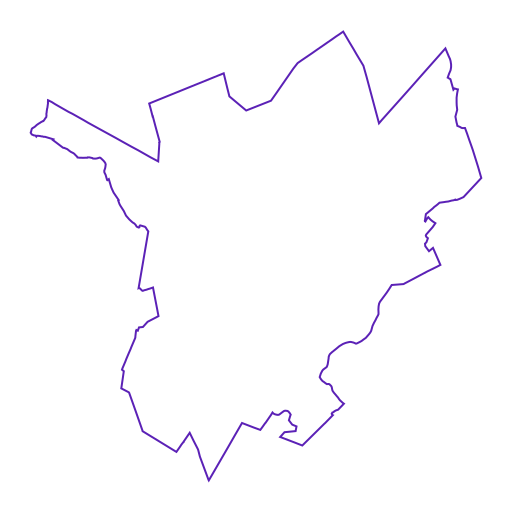 Ciénega de Flores, Nuevo León, Mexico
{"feature_id": "50627088B12014527787580", "entity_name": "Ciénega de Flores", "entity_type": "district", "adm_level": 2, "iso_a3": "MEX", "parent_name": "Mexico", "parent_adm1": "Nuevo León", "projection": "natural_earth1", "projection_center": [-100.2, 25.971], "detail": "fine", "context": "isolated", "style": "outline", "palette": "violet", "viewbox_px": 512, "rotation_deg": 0, "n_neighbors": 0, "source": "geoboundaries", "source_scale": "gbopen_adm2", "svg_char_len": 5913}
<svg xmlns="http://www.w3.org/2000/svg" viewBox="0 0 512 512"><path d="M142.6,431.2L176.4,451.9L180.1,446.6L181.4,444.6L182.8,442.8L183.7,441.9L183.6,441.7L189.7,432.8L193.5,440.6L197.8,449.0L198.2,450.0L199.9,456.6L208.5,479.8L208.8,480.4L211.2,476.3L228.0,447.3L234.7,435.6L242.0,423.0L253.7,427.5L260.3,429.9L262.3,427.2L265.2,423.1L265.5,422.9L269.7,416.8L270.9,415.1L272.5,412.5L273.4,413.5L274.7,414.2L276.5,414.7L278.0,414.9L279.2,414.6L282.6,412.0L284.0,411.0L285.1,410.7L286.3,410.8L287.2,410.9L287.9,411.2L288.5,411.6L289.2,412.5L289.9,413.3L290.4,414.2L290.7,414.7L290.3,415.6L288.9,420.3L292.2,424.6L292.4,424.7L296.5,426.4L295.6,431.1L284.5,432.2L280.2,437.0L294.1,442.3L302.3,445.5L324.5,423.6L324.9,423.3L332.8,415.2L332.4,415.0L331.7,413.8L332.4,412.5L332.9,412.4L333.4,412.2L333.8,411.9L334.2,411.4L336.0,410.4L338.1,409.7L343.9,403.7L342.8,402.9L341.7,401.9L339.9,400.2L338.9,398.9L338.0,397.5L337.0,396.4L335.7,394.8L333.8,392.6L332.5,390.7L332.3,390.0L332.2,389.5L331.8,387.4L331.6,386.8L331.2,386.0L330.0,384.8L329.5,384.3L328.8,384.0L326.9,384.1L326.1,383.6L325.5,383.2L323.7,381.8L322.7,381.2L322.1,380.6L321.1,379.4L320.7,378.8L319.7,377.1L320.8,373.6L322.3,370.7L323.2,369.6L325.5,367.9L326.6,367.1L327.1,366.1L327.7,364.3L328.6,358.4L328.7,356.9L329.2,355.4L330.0,354.0L332.2,352.0L336.2,348.8L339.3,346.2L342.9,344.0L345.4,343.0L346.4,342.7L347.6,342.4L348.9,342.1L350.1,341.9L351.2,342.0L352.0,342.2L353.3,342.5L354.6,343.0L355.8,343.6L356.3,343.6L357.1,343.3L360.3,341.7L361.7,340.9L363.5,339.5L365.8,337.9L369.0,334.2L370.3,332.5L371.2,330.8L372.5,326.0L374.0,322.8L375.4,320.3L376.6,317.8L377.4,316.4L378.1,315.1L378.5,314.1L378.5,312.3L378.4,309.6L378.6,306.3L379.1,303.6L380.0,301.7L386.6,292.8L389.1,289.1L391.7,285.0L403.3,284.1L403.7,284.0L405.1,283.2L407.8,281.8L419.3,275.7L427.4,271.4L437.2,266.6L440.4,264.9L433.0,247.9L429.0,251.2L425.3,246.2L425.0,243.7L426.4,242.3L427.3,239.9L427.9,238.2L426.4,236.9L426.1,236.4L425.9,235.9L425.8,235.5L426.0,235.0L426.3,234.4L432.6,227.2L435.4,223.2L432.4,221.2L430.5,219.6L428.9,217.9L428.3,217.2L427.5,218.0L426.6,219.3L425.4,221.5L425.1,221.3L424.9,221.2L424.8,220.8L425.0,220.1L425.9,214.1L427.5,212.8L432.8,208.4L434.3,206.9L435.7,205.9L437.6,204.4L439.5,202.7L442.5,202.3L444.0,202.1L445.7,201.8L448.3,201.5L450.8,200.8L452.0,200.5L452.9,200.4L454.2,200.1L454.8,199.9L455.2,199.6L455.6,200.0L457.2,199.8L460.0,198.7L463.5,197.1L481.3,178.0L478.0,166.6L472.8,150.0L471.2,145.4L469.3,140.1L467.0,133.4L465.0,128.0L462.7,128.1L462.0,128.0L461.4,127.8L460.1,127.0L457.3,125.8L457.1,124.4L456.6,122.7L455.4,116.6L457.2,109.8L456.7,105.3L456.6,102.5L456.6,97.6L457.1,93.6L457.9,89.4L456.9,89.2L455.3,88.7L454.3,88.4L454.1,88.9L453.4,89.7L450.5,79.4L450.3,79.1L449.3,78.6L448.1,77.8L447.7,77.6L449.1,73.6L449.9,71.8L450.5,70.4L450.7,69.5L451.0,67.8L451.1,67.0L451.1,64.5L450.6,61.2L450.0,59.0L448.7,56.2L446.5,51.0L445.9,49.6L445.4,48.4L419.6,77.5L411.6,86.6L402.0,97.4L381.8,120.0L379.0,123.3L366.6,77.0L363.4,65.7L356.6,54.4L353.6,49.2L349.4,42.2L343.2,31.6L338.9,34.6L336.3,36.3L332.5,39.0L316.6,50.0L312.2,53.1L301.9,60.1L297.6,63.1L297.3,63.5L293.4,68.5L276.0,93.6L271.0,100.7L246.2,110.5L229.4,96.4L227.2,87.7L223.7,73.3L149.2,103.5L150.7,109.0L152.6,116.4L152.8,116.3L155.4,126.1L159.7,141.9L159.2,142.4L159.3,142.6L159.3,144.0L158.2,161.4L155.8,160.1L150.7,157.4L146.3,154.9L138.2,150.3L131.3,146.6L123.0,142.0L115.7,137.9L100.0,129.3L88.0,122.7L83.6,120.1L72.4,113.8L68.6,111.9L62.3,108.3L57.6,105.6L55.0,104.1L51.7,102.0L49.6,101.0L48.3,100.3L48.0,100.2L48.0,100.5L48.1,101.7L47.9,102.0L48.0,103.5L47.9,103.9L47.4,107.7L47.3,108.1L47.2,108.4L47.1,108.7L46.7,111.5L46.6,112.7L46.4,113.5L46.4,114.2L46.4,114.8L46.5,115.3L46.4,115.9L46.3,117.0L45.9,117.6L45.5,118.0L44.6,119.4L43.7,120.7L43.5,120.9L43.3,121.1L42.9,121.1L42.7,121.1L41.6,121.9L41.0,122.1L39.6,123.1L38.5,123.7L37.6,124.4L36.8,124.9L35.0,126.6L33.2,127.8L32.7,128.0L32.1,128.5L31.9,128.7L31.8,129.0L31.6,129.5L31.4,130.3L31.0,132.0L30.8,132.2L30.7,132.4L30.7,132.8L31.5,134.0L31.7,134.4L33.9,135.4L35.0,135.5L35.6,135.7L35.9,136.0L36.1,136.3L36.3,136.6L36.9,135.8L37.0,135.8L38.0,135.8L39.8,136.0L41.6,136.4L42.4,136.4L43.6,136.8L45.0,136.8L53.4,139.3L52.8,140.0L54.3,141.1L58.0,143.9L61.8,146.8L62.6,147.4L63.2,147.8L63.6,147.9L64.3,147.9L64.9,148.2L65.5,148.4L66.1,148.7L66.7,148.9L67.2,149.1L68.6,150.2L69.6,151.0L70.9,151.9L72.3,152.6L73.3,153.1L74.0,153.6L74.4,153.9L74.9,154.5L77.1,156.7L77.5,157.5L78.6,157.6L79.3,157.7L83.1,157.8L87.4,157.7L87.6,157.4L89.5,157.4L92.5,158.1L92.9,158.5L94.0,158.6L95.7,158.6L97.0,158.4L99.7,157.6L100.1,157.7L100.5,157.9L101.1,158.4L103.4,160.6L104.5,161.9L105.3,163.1L105.5,163.7L105.7,164.5L105.6,165.1L105.4,166.8L105.1,168.3L104.3,170.6L104.3,171.7L104.4,172.5L104.9,173.4L105.7,175.1L105.9,175.9L107.1,180.0L107.3,180.2L108.8,179.1L111.2,187.2L112.0,189.1L113.6,192.6L118.7,200.1L118.2,200.5L119.1,203.0L119.6,204.3L120.5,205.9L123.8,211.0L126.0,215.6L129.2,219.3L131.0,221.0L132.1,222.0L132.7,222.5L134.2,223.4L135.4,224.6L135.9,225.3L136.4,226.2L136.7,226.6L137.2,226.9L137.6,227.1L138.1,227.3L138.5,227.5L138.9,227.5L139.2,227.4L139.4,227.2L139.4,226.9L139.4,226.6L139.5,226.3L139.7,225.7L139.9,225.5L140.1,225.4L140.3,225.4L142.7,226.1L144.8,226.7L145.7,227.5L147.3,230.1L148.3,231.4L138.6,288.1L138.8,288.0L139.2,288.0L139.4,288.1L139.8,288.3L140.3,288.8L142.0,290.5L142.3,290.7L142.5,290.8L142.9,290.8L144.1,290.3L146.5,289.7L148.4,289.0L149.6,288.7L153.0,287.5L153.1,288.1L158.5,316.1L157.6,316.6L147.6,321.8L143.0,326.9L142.9,327.0L139.0,327.4L137.8,330.7L136.4,330.0L136.0,330.9L135.4,336.3L135.3,337.6L135.2,337.8L135.2,338.0L134.6,339.4L132.9,343.4L131.2,347.4L130.6,349.0L128.8,353.1L126.3,359.0L125.4,361.4L123.7,365.4L122.5,368.2L122.0,369.7L123.8,371.2L121.3,388.4L128.8,392.3L129.2,392.9L135.9,411.8L142.2,429.8L142.4,430.4L142.5,430.8L142.6,431.2Z" fill="none" stroke="#5b21b6" stroke-width="2"/></svg>